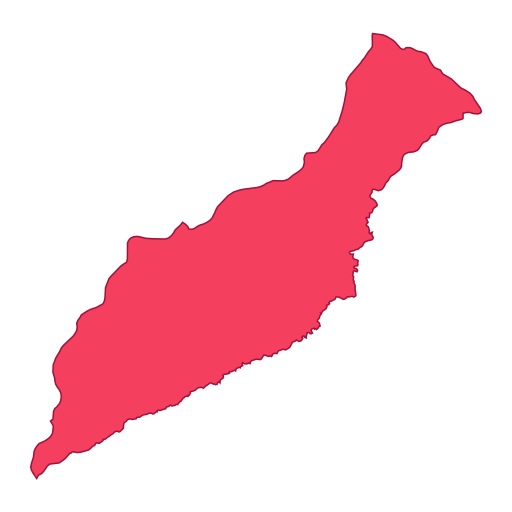 the district of Alvarães, Amazonas, Brazil
{"feature_id": "56859067B63207916121843", "entity_name": "Alvarães", "entity_type": "district", "adm_level": 2, "iso_a3": "BRA", "parent_name": "Brazil", "parent_adm1": "Amazonas", "projection": "albers", "projection_center": [-65.273, -3.675], "detail": "fine", "context": "isolated", "style": "filled", "palette": "rose", "viewbox_px": 512, "rotation_deg": 0, "n_neighbors": 0, "source": "geoboundaries", "source_scale": "gbopen_adm2", "svg_char_len": 6018}
<svg xmlns="http://www.w3.org/2000/svg" viewBox="0 0 512 512"><path d="M439.8,69.7L437.8,69.1L435.3,67.9L433.8,66.9L430.1,61.4L427.8,56.2L426.8,54.6L425.7,53.5L421.3,51.8L416.9,51.0L412.5,48.6L410.1,47.7L407.1,47.6L405.9,47.8L404.7,49.0L403.4,49.4L402.0,49.1L400.4,48.2L396.0,43.1L393.5,40.6L386.9,36.5L382.9,34.9L372.5,33.5L372.2,36.3L372.4,42.3L372.3,46.7L370.6,49.3L368.3,51.9L364.5,57.8L362.0,60.7L360.6,63.0L350.4,74.8L348.4,77.7L346.0,83.0L346.7,89.0L344.3,102.3L342.2,110.9L338.8,121.8L336.8,125.3L334.5,127.5L328.6,136.9L324.2,142.8L321.9,144.7L318.1,150.8L315.6,152.5L306.5,153.2L304.9,155.4L304.0,158.5L304.4,162.5L303.3,166.8L301.5,169.2L299.4,171.0L293.2,175.1L288.5,179.0L285.0,180.5L281.9,180.9L273.3,180.6L266.2,183.5L263.5,185.3L260.7,186.5L257.1,187.5L243.7,189.2L239.8,190.0L233.5,192.1L228.2,195.6L217.7,206.6L216.1,209.4L215.0,212.2L212.1,218.0L210.0,220.3L206.5,222.6L203.6,224.0L200.4,224.9L197.6,226.3L195.1,228.0L192.6,229.2L189.0,229.2L187.6,226.3L184.9,223.8L182.5,222.3L180.6,224.9L175.1,230.0L173.5,233.1L171.1,236.0L168.3,238.1L165.1,239.0L153.8,238.8L145.8,238.3L139.7,236.8L136.9,236.4L133.3,236.8L130.5,238.2L128.6,240.4L127.5,243.0L127.4,259.1L126.4,262.5L123.4,264.1L120.7,266.2L110.9,276.3L108.9,278.8L105.5,287.6L105.0,297.5L104.4,300.9L103.0,303.8L96.3,307.5L90.5,309.4L87.1,311.1L81.4,314.8L80.1,317.3L78.0,320.1L76.7,323.1L77.2,327.1L76.7,330.5L74.8,333.9L73.0,336.3L63.4,345.4L61.2,348.2L59.9,351.1L55.8,358.0L53.2,364.9L52.9,372.3L54.6,377.8L54.9,380.8L55.7,384.3L57.2,386.9L58.9,389.2L60.6,392.3L61.2,395.1L61.2,398.0L60.5,401.4L59.4,403.6L57.0,406.7L54.7,408.7L53.5,411.5L53.0,419.2L50.5,421.0L53.3,425.8L52.8,431.5L52.1,434.3L49.9,437.2L47.8,439.0L45.1,440.8L38.9,443.7L37.0,446.0L35.2,448.7L34.1,451.4L33.4,457.3L31.5,463.3L30.7,467.1L31.4,469.9L32.7,472.5L36.7,478.5L38.4,475.2L41.3,473.8L43.6,471.5L47.4,466.0L49.7,464.1L59.3,462.9L65.1,458.7L69.8,453.3L70.8,453.3L71.6,452.3L72.7,451.7L73.8,452.1L74.9,452.0L76.8,452.6L80.2,452.3L88.3,450.1L89.9,449.1L92.6,446.3L94.7,445.4L95.5,443.7L96.4,442.8L99.2,443.4L103.0,440.7L103.2,439.3L104.4,439.4L105.7,438.9L107.8,437.0L109.4,436.3L110.3,435.3L112.8,433.8L115.0,431.7L117.4,431.2L119.0,432.0L120.0,431.6L123.3,428.4L123.8,423.4L124.4,422.6L126.6,421.0L127.6,419.5L130.4,418.9L132.0,419.5L136.3,418.7L136.6,417.6L138.2,417.1L139.8,417.2L142.6,415.1L147.5,414.1L148.9,413.1L151.6,413.3L152.6,413.9L153.8,413.9L156.0,412.0L157.3,411.8L157.3,410.7L158.2,410.1L159.9,410.5L165.9,408.6L166.1,407.2L168.9,406.4L170.2,405.0L171.9,406.0L174.8,405.4L176.1,404.5L177.6,404.6L179.9,401.7L180.9,401.3L183.0,398.3L184.3,397.5L185.0,396.6L186.3,396.2L188.0,396.4L188.1,395.3L189.4,395.1L190.3,393.1L190.4,391.7L194.0,390.8L195.4,390.1L196.1,389.2L198.2,387.8L201.4,387.2L203.5,388.3L204.2,387.3L205.2,386.7L206.0,385.6L207.1,385.2L210.3,382.8L212.1,383.3L213.5,384.2L214.7,384.1L215.7,384.7L217.2,384.1L217.8,382.4L218.9,381.8L220.0,382.9L220.1,380.7L220.7,379.7L222.7,378.4L223.5,377.3L222.8,375.6L223.8,374.4L225.6,374.3L229.4,373.3L228.9,372.3L229.7,371.6L231.0,371.8L234.4,370.3L235.6,371.0L235.8,369.8L236.5,368.4L239.2,367.4L240.3,367.8L240.5,366.7L242.7,365.6L242.2,363.9L242.5,362.7L244.6,363.8L245.7,363.9L246.8,363.9L248.9,363.1L250.1,363.6L250.6,361.5L252.6,360.3L254.7,359.8L255.9,359.1L260.3,359.6L261.4,358.9L263.8,355.1L265.1,355.1L268.0,356.3L269.3,356.4L270.7,355.7L271.6,356.5L272.2,355.6L272.5,354.3L273.6,353.6L275.4,353.3L277.0,353.6L278.4,350.8L279.7,350.5L282.4,349.4L284.1,349.4L285.5,349.9L287.8,348.7L289.1,347.8L290.3,346.5L291.8,343.3L293.0,341.9L295.7,341.0L296.4,340.0L298.8,341.4L299.9,341.3L301.4,340.6L302.9,338.2L301.9,337.1L302.6,336.1L304.1,336.1L304.8,337.3L306.2,338.0L306.2,336.2L306.8,334.7L307.0,332.8L308.4,332.5L309.4,332.7L310.1,333.7L311.3,333.8L312.5,333.1L312.0,332.0L311.1,330.9L311.5,329.2L314.0,328.2L314.6,329.2L315.6,328.6L316.4,329.5L317.3,328.9L318.3,327.8L319.0,326.5L320.1,326.1L319.5,323.4L318.5,322.1L317.3,321.4L317.6,320.1L319.1,318.4L319.6,317.3L319.6,316.1L321.4,313.7L320.7,313.0L321.8,312.7L322.3,311.4L326.0,308.8L327.0,306.6L326.5,305.5L327.6,304.8L328.8,304.7L329.5,303.7L328.7,303.0L330.4,301.1L331.5,301.1L333.5,299.9L334.6,299.6L335.4,298.6L336.0,297.0L337.7,296.9L340.0,297.6L343.0,299.2L344.2,299.3L346.6,297.8L347.4,296.7L348.6,297.0L352.0,296.3L353.5,297.0L354.7,296.7L355.8,295.8L355.9,294.5L355.0,288.8L355.2,286.0L354.5,283.6L353.6,282.5L354.2,281.4L353.3,280.1L353.6,276.7L352.6,275.2L353.1,273.7L353.4,271.2L354.4,270.6L355.5,271.4L357.0,271.8L357.6,270.5L357.1,269.3L356.1,268.4L354.7,268.3L353.9,267.6L354.1,266.5L355.4,266.0L357.6,265.8L358.0,264.8L357.6,263.3L358.2,260.8L357.1,259.9L354.1,259.1L353.0,257.8L352.8,256.5L353.3,254.0L351.9,254.3L349.9,253.8L349.5,252.3L350.3,251.4L354.1,250.7L355.4,249.8L358.2,249.1L360.2,247.3L361.6,246.7L362.6,245.6L363.9,242.9L365.5,241.6L368.4,240.6L371.7,239.9L372.9,238.9L373.2,237.6L372.7,236.2L371.9,235.4L371.8,234.1L372.3,232.2L371.1,232.6L370.6,233.6L369.3,233.4L369.3,230.4L368.7,227.8L368.2,226.7L366.3,225.3L366.4,224.2L368.2,222.1L367.2,221.4L367.2,220.0L365.9,218.1L366.8,217.4L368.1,217.8L369.2,217.5L369.7,214.3L369.5,213.3L371.7,212.7L372.5,211.5L372.8,209.9L373.8,208.2L376.2,206.6L377.2,205.5L377.1,204.2L375.5,201.2L372.8,198.9L371.1,198.4L370.1,196.8L370.0,195.4L372.2,192.0L372.0,190.2L373.4,189.1L378.5,190.7L381.4,189.7L382.6,188.6L384.1,186.6L385.7,183.2L388.1,180.7L389.7,177.8L391.0,176.1L394.7,173.8L398.8,170.4L400.7,168.3L401.6,166.0L401.6,163.6L402.4,158.3L403.1,156.2L404.2,154.5L408.2,152.4L413.6,151.9L417.1,150.5L418.6,149.2L422.1,143.7L423.7,142.2L427.1,140.9L429.4,138.5L430.6,136.0L433.1,134.9L435.4,134.7L436.4,133.2L439.0,127.1L442.7,124.7L444.8,123.9L447.0,123.2L451.1,122.5L455.7,120.8L461.7,119.3L463.0,118.6L463.1,113.2L466.6,112.5L469.8,112.4L473.4,113.6L478.1,113.9L480.6,113.0L481.3,111.8L481.1,110.5L480.3,108.2L474.3,99.4L472.9,96.4L469.8,93.0L465.4,90.2L460.8,87.9L451.4,79.0L442.6,73.8L440.7,70.4L439.8,69.7Z" fill="#f43f5e" stroke="#9f1239" stroke-width="1.5"/></svg>